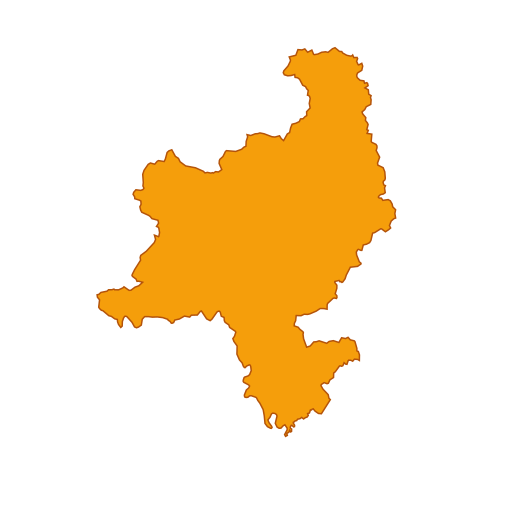 outline of Van Quan, Lạng Sơn, Vietnam, rotated 160°
{"feature_id": "81297802B89235073975729", "entity_name": "Van Quan", "entity_type": "district", "adm_level": 2, "iso_a3": "VNM", "parent_name": "Vietnam", "parent_adm1": "Lạng Sơn", "projection": "albers", "projection_center": [106.543, 21.85], "detail": "fine", "context": "isolated", "style": "filled", "palette": "amber", "viewbox_px": 512, "rotation_deg": 160, "n_neighbors": 0, "source": "geoboundaries", "source_scale": "gbopen_adm2", "svg_char_len": 6084}
<svg xmlns="http://www.w3.org/2000/svg" viewBox="0 0 512 512"><g transform="rotate(160 256 256)"><path d="M94.4,363.4L94.2,365.8L93.0,367.3L94.7,369.5L93.6,373.8L96.2,376.7L92.4,377.7L92.1,380.0L92.6,381.0L94.9,381.2L94.7,383.7L98.1,385.5L99.7,388.6L99.9,390.0L99.4,391.7L97.9,393.3L93.1,394.3L90.8,397.9L90.7,400.9L94.1,400.4L94.6,400.9L94.9,404.5L93.0,406.7L93.1,408.0L96.2,409.0L96.4,411.8L97.3,411.3L98.8,411.5L102.1,413.6L105.1,417.1L105.5,418.8L107.6,419.7L110.5,424.7L113.3,424.6L118.6,422.7L120.8,424.1L124.6,425.0L128.8,424.6L132.4,425.3L132.9,425.8L133.1,430.4L137.8,429.8L139.3,433.9L142.3,433.9L146.0,435.6L149.9,431.0L156.7,431.7L156.6,428.3L157.2,427.2L160.9,423.6L166.5,420.5L167.7,418.9L167.4,416.6L164.6,414.5L161.4,413.6L157.6,413.3L158.2,410.5L156.0,409.3L154.6,407.2L153.7,400.5L151.5,398.2L151.2,395.8L150.3,393.7L152.6,389.5L151.8,389.0L151.1,387.7L151.2,385.5L153.8,381.1L154.5,376.6L159.1,374.3L160.3,370.6L162.2,370.2L164.9,368.9L167.3,369.6L169.3,367.5L173.0,367.1L177.0,367.5L179.6,364.6L182.2,360.5L184.8,360.0L190.6,355.0L192.1,357.6L192.8,360.9L197.5,361.3L200.2,362.6L206.6,368.1L210.2,370.3L212.5,370.4L215.0,371.1L219.7,371.0L222.9,373.1L223.1,370.8L226.0,367.1L227.9,362.6L230.2,362.4L233.0,361.2L239.3,361.2L247.7,365.1L248.9,364.7L253.0,360.8L256.9,359.2L257.8,358.2L259.0,355.6L258.6,348.9L262.5,347.8L265.1,349.1L267.7,348.5L268.4,349.2L270.0,349.3L273.1,351.2L275.5,351.5L276.5,353.6L282.7,359.6L291.3,364.7L295.1,370.5L295.5,374.3L297.7,377.2L298.8,384.6L301.9,384.6L304.1,383.7L308.1,378.0L310.0,376.2L315.0,379.0L316.4,378.8L319.8,376.9L323.4,379.5L326.0,379.0L331.9,374.8L334.5,371.5L336.8,363.5L338.3,360.5L338.1,358.1L338.7,357.6L339.6,357.1L341.9,357.1L346.2,359.3L349.1,357.7L350.4,356.0L349.8,353.1L350.3,351.3L346.3,348.2L345.4,347.0L346.3,343.9L348.3,342.0L348.7,338.6L348.4,336.2L343.0,330.9L342.0,329.5L341.0,326.7L335.9,323.1L336.3,320.2L339.4,317.8L338.1,316.6L337.8,315.4L338.6,311.0L340.4,308.0L341.0,307.5L344.3,310.3L344.7,305.9L347.0,303.4L357.4,298.0L364.1,296.0L365.4,294.2L365.9,291.5L374.7,284.7L378.6,281.0L379.2,280.1L379.0,279.0L376.6,275.3L376.5,272.9L374.8,272.4L371.5,270.1L376.3,268.1L380.4,268.1L385.2,266.6L387.0,267.1L390.6,272.2L391.9,271.6L396.7,271.2L400.4,272.6L400.8,273.5L403.0,273.6L406.1,274.7L408.0,273.9L414.2,274.8L416.8,273.7L418.6,273.9L419.1,271.5L418.0,268.3L421.3,261.7L421.0,260.1L419.9,257.9L418.6,257.0L414.7,250.2L412.6,248.8L410.2,245.2L408.0,243.8L408.6,241.4L408.6,238.7L407.5,235.1L405.7,235.9L404.0,240.1L401.6,243.1L400.0,244.2L399.1,244.0L398.1,243.3L395.2,236.1L394.4,230.9L392.8,229.4L390.7,229.4L387.4,230.3L384.5,235.5L381.4,237.1L378.0,235.9L374.3,234.0L369.6,232.5L364.7,230.0L360.6,226.7L360.5,225.7L359.1,223.9L358.6,221.9L357.9,221.5L356.2,221.6L354.2,223.6L349.6,223.0L343.8,224.0L339.2,221.3L337.0,222.5L331.3,220.6L327.3,223.0L326.1,223.0L323.9,213.8L321.2,210.9L319.0,211.7L311.7,216.8L310.3,217.0L309.2,216.6L308.8,215.4L309.2,211.3L307.0,209.2L307.9,206.0L307.7,204.2L305.1,200.6L305.2,197.9L301.1,192.2L301.1,191.2L303.7,187.9L306.0,186.3L306.0,183.3L304.5,177.9L307.5,170.3L307.1,164.1L305.6,160.3L305.6,156.9L305.1,155.2L304.5,154.8L302.3,155.8L299.5,156.0L298.8,155.4L298.8,153.7L299.7,149.9L302.6,146.7L304.6,146.0L308.1,146.1L308.8,145.8L310.5,143.6L310.9,142.6L310.7,141.5L307.0,137.4L306.5,136.0L308.0,134.5L310.9,133.4L314.5,129.3L314.8,128.1L314.6,127.0L313.0,126.2L311.6,126.1L309.8,126.8L308.2,126.3L304.4,123.2L304.0,122.4L303.7,119.6L302.7,116.3L301.8,109.2L302.9,103.0L304.8,95.6L303.6,91.7L301.3,89.2L300.6,88.8L299.6,89.3L299.5,90.5L300.8,95.0L300.9,97.9L298.0,99.7L295.4,102.4L293.9,102.6L292.0,101.5L291.0,100.0L291.0,98.4L295.1,92.2L294.7,88.0L293.2,86.2L291.4,85.7L288.5,87.2L286.6,87.5L285.6,83.6L286.2,82.0L290.2,78.4L289.9,76.4L287.9,76.7L287.8,78.7L285.3,79.2L284.1,80.7L283.6,78.8L282.6,79.0L281.7,81.2L282.6,82.3L282.4,83.5L280.8,84.8L280.2,84.7L279.1,82.5L278.2,82.5L277.6,83.8L278.1,86.2L277.8,87.0L276.6,87.1L275.6,87.7L274.1,87.4L272.8,88.4L270.2,88.1L268.3,88.7L267.0,86.6L264.9,87.2L263.0,87.2L261.4,88.3L261.4,90.3L259.5,90.2L257.5,92.7L256.5,92.3L255.7,92.8L254.5,92.8L253.6,90.1L251.2,86.7L248.5,85.4L235.3,95.6L236.1,97.4L235.6,101.0L238.6,108.0L239.3,112.0L238.6,112.9L235.3,113.7L232.9,111.7L231.5,111.7L228.9,114.3L224.7,115.3L223.0,119.5L221.1,120.1L215.3,124.0L214.6,124.1L213.2,123.1L211.9,123.2L209.7,125.6L208.8,123.8L207.6,123.1L205.3,126.0L204.5,126.4L202.6,125.6L201.1,124.1L198.8,125.4L195.8,124.0L194.6,122.5L192.6,127.7L192.5,131.3L193.4,131.8L193.5,132.8L192.8,134.7L192.3,141.8L192.7,142.7L196.1,145.0L197.3,148.1L200.1,147.8L203.5,149.9L207.7,146.4L212.3,150.0L216.4,150.7L219.4,149.8L225.7,154.7L228.6,154.8L231.1,155.5L235.8,152.9L239.6,153.0L239.6,161.9L238.6,166.3L237.7,167.8L237.8,168.8L239.9,172.2L240.7,174.6L244.0,177.3L242.9,179.7L240.9,181.6L238.6,186.3L234.1,184.5L230.6,184.8L227.6,183.5L225.2,183.2L218.3,183.6L213.7,184.7L210.2,183.4L207.4,181.7L205.8,185.9L204.8,187.0L198.0,189.9L196.6,189.7L195.0,188.6L194.2,189.2L193.6,191.0L194.5,193.4L191.1,198.0L190.0,200.9L191.0,204.2L190.6,205.1L186.3,204.6L185.9,203.0L185.0,202.9L184.3,201.8L183.4,201.9L180.1,204.1L177.6,207.3L171.2,213.2L164.1,211.5L160.1,212.6L159.8,213.3L160.9,215.2L161.1,222.5L160.4,225.4L158.2,227.2L157.4,227.2L155.5,225.4L154.6,225.1L151.4,229.7L148.1,229.3L144.7,229.7L142.7,231.3L138.6,237.6L136.5,237.4L129.5,238.9L128.7,238.5L126.1,234.5L122.5,235.3L119.9,236.3L120.2,239.0L117.0,242.6L113.7,243.9L111.8,243.9L111.0,248.4L109.0,251.7L110.7,255.5L110.3,258.3L110.9,261.9L112.5,263.8L117.8,264.9L118.4,267.5L120.4,268.3L120.9,269.3L120.4,270.1L118.1,271.1L115.1,270.7L112.9,271.3L111.9,276.1L110.3,277.8L111.6,279.1L111.4,281.7L110.7,282.7L108.8,283.5L107.9,284.9L106.2,291.0L106.3,295.5L110.4,299.7L110.0,301.8L106.0,306.6L107.0,314.0L105.3,316.3L104.7,318.1L105.1,319.9L108.3,323.2L108.6,324.2L105.5,330.9L109.7,333.2L107.5,335.7L108.7,336.8L105.7,341.2L105.8,342.9L106.8,346.0L105.5,348.5L107.1,352.9L107.1,355.1L103.7,356.4L101.3,358.6L96.3,359.2L94.4,363.4Z" fill="#f59e0b" stroke="#b45309" stroke-width="1.5"/></g></svg>